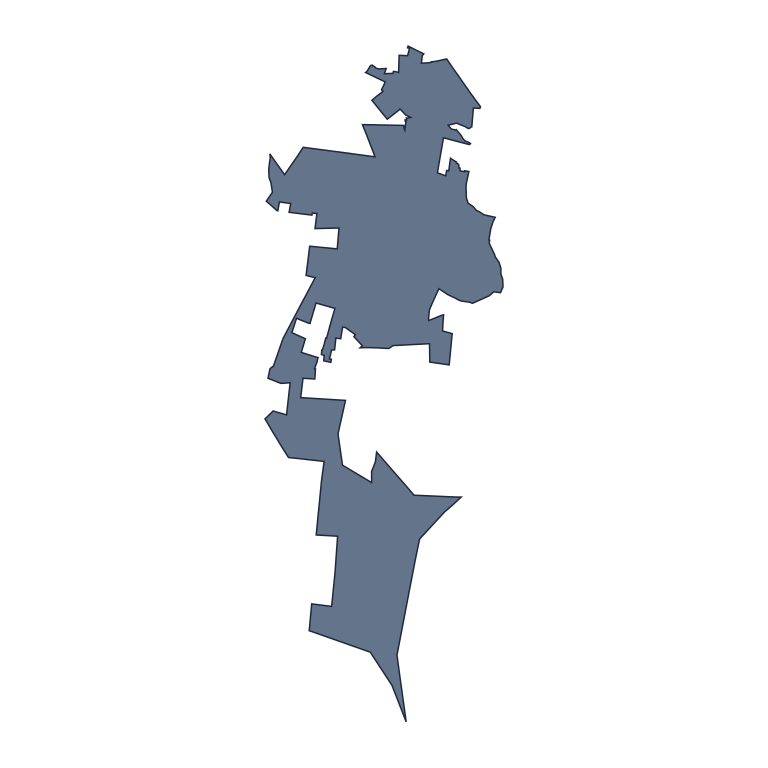 outline of Timucuy, Yucatán, Mexico
{"feature_id": "50627088B51524956597076", "entity_name": "Timucuy", "entity_type": "district", "adm_level": 2, "iso_a3": "MEX", "parent_name": "Mexico", "parent_adm1": "Yucatán", "projection": "mercator", "projection_center": [-89.531, 20.743], "detail": "fine", "context": "isolated", "style": "filled", "palette": "slate", "viewbox_px": 768, "rotation_deg": 0, "n_neighbors": 0, "source": "geoboundaries", "source_scale": "gbopen_adm2", "svg_char_len": 4568}
<svg xmlns="http://www.w3.org/2000/svg" viewBox="0 0 768 768"><path d="M446.9,59.1L446.6,59.1L446.3,59.0L436.2,61.3L432.4,61.7L431.4,61.8L431.4,62.3L428.9,62.8L423.5,63.1L421.4,63.2L422.3,55.6L423.8,53.9L408.1,46.1L407.5,47.8L409.5,48.4L407.6,55.7L399.1,55.3L398.6,72.4L394.7,71.5L393.7,71.4L393.4,71.4L392.9,73.5L392.0,73.4L384.4,73.7L386.2,68.5L384.3,68.6L383.0,68.7L380.8,68.8L378.9,68.9L378.4,68.8L376.9,68.5L375.1,67.5L374.9,66.8L372.2,65.4L372.1,65.1L371.0,65.4L370.7,65.5L370.2,66.1L367.4,70.7L365.9,72.3L365.6,72.5L375.6,77.3L379.3,79.1L385.2,81.9L384.0,84.6L381.5,89.9L383.1,91.3L379.7,94.0L376.7,96.2L374.1,98.4L371.9,100.3L374.6,103.6L377.5,107.2L380.6,111.0L381.5,112.2L382.6,113.5L384.1,115.3L384.5,115.8L385.5,117.0L387.3,119.2L399.3,109.8L399.9,108.9L401.7,110.7L405.6,115.0L405.8,115.1L406.0,115.2L406.3,115.3L409.1,116.6L410.7,117.3L410.2,117.5L408.3,117.9L408.1,117.9L406.3,118.0L406.6,120.0L405.1,119.9L405.1,121.2L405.9,121.6L404.8,130.2L404.2,128.7L403.7,125.4L362.5,124.6L362.9,125.8L367.0,136.0L368.0,138.6L371.4,147.3L375.0,156.8L322.3,149.8L322.2,149.8L303.2,147.3L297.0,156.8L291.0,165.4L284.6,174.7L269.8,153.9L270.3,157.6L269.5,162.8L268.7,169.6L269.1,177.8L270.9,182.5L272.3,191.3L272.4,192.3L266.3,201.2L269.6,204.1L269.8,204.2L276.8,210.5L277.8,210.8L279.4,202.0L290.7,203.5L289.1,212.3L306.6,214.5L311.9,215.1L312.3,213.1L316.9,213.5L315.0,228.6L339.0,228.0L337.2,248.9L309.7,246.2L306.1,275.4L312.0,276.9L315.2,277.6L304.5,297.9L303.6,299.4L283.1,338.4L281.0,344.3L273.3,366.5L272.7,366.5L270.0,368.7L268.6,375.4L268.5,375.6L268.5,375.8L268.0,378.3L271.6,379.7L277.8,382.2L278.9,382.6L280.6,383.3L280.9,383.4L289.7,382.8L290.1,382.7L289.2,391.1L286.9,411.7L286.6,414.9L273.1,411.0L265.0,418.9L273.3,432.9L282.9,448.7L288.5,457.5L324.1,461.4L321.5,480.9L316.2,535.0L337.6,536.2L335.0,572.9L332.6,596.8L331.6,606.4L311.7,603.9L309.2,630.7L370.3,652.2L392.0,685.4L406.2,721.9L399.1,670.9L397.0,655.0L403.6,620.6L406.9,603.3L415.0,561.3L419.6,539.0L444.4,512.1L451.7,505.8L451.8,505.8L451.9,505.6L461.2,497.1L455.4,497.0L455.0,497.0L414.0,495.2L408.4,488.6L388.9,466.2L376.6,452.0L375.4,461.8L371.6,471.5L371.6,482.6L342.5,465.2L338.0,433.9L345.5,400.4L344.1,400.3L300.7,397.6L303.0,378.3L314.8,379.0L315.5,368.9L314.5,368.8L316.3,363.8L317.1,361.8L317.1,361.7L317.2,361.2L317.9,357.8L318.0,357.6L315.6,356.9L301.3,352.4L305.4,338.7L291.9,332.7L296.5,318.3L306.8,322.5L307.4,322.8L310.0,323.5L316.0,303.0L334.9,308.4L329.9,325.9L326.6,338.2L325.8,338.0L324.6,342.5L324.3,343.8L323.1,347.8L322.7,349.2L322.7,349.6L321.8,349.9L321.4,354.5L323.8,355.4L324.2,355.6L323.7,360.8L330.8,362.4L330.9,362.0L331.4,359.3L329.5,358.9L329.7,357.5L329.8,357.5L330.4,355.2L331.6,350.0L334.6,349.9L335.9,338.0L340.7,338.8L342.6,327.2L345.3,327.5L355.3,334.6L353.9,336.7L360.7,344.0L362.4,345.8L360.1,347.8L366.1,347.6L371.8,347.7L378.1,347.9L381.0,348.1L388.9,348.5L393.0,345.6L429.5,343.7L429.8,362.1L449.2,364.9L452.2,333.6L442.6,331.0L443.0,322.6L443.4,317.2L443.6,314.8L441.4,315.4L430.4,319.9L428.7,320.5L428.7,319.0L428.6,317.8L429.4,310.0L431.1,305.9L431.6,304.7L433.5,300.4L434.6,298.1L435.9,295.2L438.9,288.7L447.9,294.7L453.7,297.4L453.8,297.4L458.2,299.8L461.1,301.0L469.5,302.2L472.5,303.3L489.4,295.7L493.7,291.8L500.5,292.7L503.0,287.0L502.7,279.2L500.9,274.2L500.9,268.2L499.0,262.2L495.3,257.0L494.5,254.4L489.2,243.2L489.7,240.2L488.8,240.0L489.6,235.8L490.7,229.2L492.9,222.0L495.2,217.3L484.1,214.8L483.9,214.8L483.8,214.7L478.9,211.5L476.5,210.5L473.2,206.6L468.0,203.1L467.5,201.2L467.3,200.8L466.4,197.7L466.0,187.1L466.4,182.9L468.9,171.5L464.6,170.8L464.6,171.7L460.0,170.8L460.0,168.1L459.0,168.0L458.7,164.4L456.3,162.9L456.6,162.2L450.5,158.3L448.7,170.8L446.6,170.5L445.8,175.8L437.5,172.9L437.9,169.9L443.5,137.8L469.3,144.6L470.5,143.7L469.7,142.9L467.8,142.0L464.9,140.8L463.0,138.7L461.2,135.5L456.2,129.6L455.5,130.0L451.3,129.0L448.1,125.2L456.4,123.2L457.3,123.3L458.0,123.8L462.1,125.4L464.7,126.4L468.4,128.6L470.4,127.8L471.2,126.8L471.8,126.8L473.4,108.0L479.9,108.4L480.5,106.7L479.6,105.5L478.7,104.3L478.0,103.3L476.9,101.9L475.6,100.2L474.6,98.8L473.9,97.7L473.1,96.6L472.3,95.6L472.0,95.2L471.1,94.0L470.3,92.9L469.8,92.1L469.0,91.1L467.9,89.2L467.0,88.1L466.7,87.7L466.2,87.1L465.5,86.0L464.7,84.9L463.7,83.4L462.9,82.3L462.4,81.6L461.6,80.5L460.4,78.7L459.6,77.6L458.9,76.5L457.9,75.1L457.0,73.9L456.8,73.6L456.5,73.2L456.3,72.8L456.0,72.5L455.8,72.1L455.5,71.8L455.3,71.4L454.5,70.4L454.0,69.7L453.8,69.3L452.0,66.8L450.4,64.4L447.9,60.8L446.9,59.1Z" fill="#64748b" stroke="#1e293b" stroke-width="1.5"/></svg>